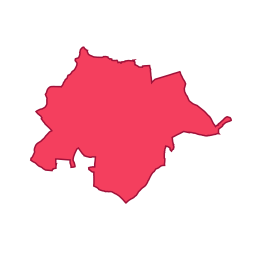 the district of Bicaz, Maramures, Romania, rotated 295°
{"feature_id": "2599482B90177123202958", "entity_name": "Bicaz", "entity_type": "district", "adm_level": 2, "iso_a3": "ROU", "parent_name": "Romania", "parent_adm1": "Maramures", "projection": "orthographic", "projection_center": [23.009, 47.453], "detail": "fine", "context": "isolated", "style": "filled", "palette": "rose", "viewbox_px": 256, "rotation_deg": 295, "n_neighbors": 0, "source": "geoboundaries", "source_scale": "gbopen_adm2", "svg_char_len": 5687}
<svg xmlns="http://www.w3.org/2000/svg" viewBox="0 0 256 256"><g transform="rotate(295 128 128)"><path d="M192.3,161.6L194.1,159.7L196.1,156.6L197.3,155.3L198.1,154.2L199.2,152.8L200.3,152.0L200.9,151.2L197.8,147.8L196.8,146.6L193.8,143.4L183.6,132.0L181.0,130.9L179.1,130.3L182.9,128.1L185.4,126.4L186.8,125.7L189.4,124.1L190.2,123.8L190.5,123.8L192.4,122.0L193.7,121.2L191.4,116.9L190.3,115.1L189.8,115.3L189.7,115.1L189.2,115.3L189.1,115.2L188.4,113.6L187.9,112.1L188.1,111.5L188.3,110.3L188.3,107.7L188.6,107.7L188.6,107.4L188.8,107.3L189.5,106.9L189.7,106.5L190.1,106.6L190.4,106.5L191.7,105.0L191.9,104.8L192.1,104.9L191.7,104.3L191.6,104.0L190.9,104.6L190.9,104.0L190.8,103.6L190.2,102.4L189.4,100.1L189.0,99.4L188.2,98.3L188.1,98.0L187.4,97.0L186.8,97.1L185.1,94.2L184.3,94.1L184.2,94.4L183.8,94.2L184.0,93.3L184.3,92.9L184.0,92.4L183.1,91.3L184.2,90.3L184.7,89.4L184.0,88.5L183.6,87.4L183.3,87.1L182.6,85.0L182.7,84.8L182.9,84.4L183.1,84.2L183.5,84.2L183.5,83.5L183.4,83.1L183.1,82.6L182.8,82.3L183.3,80.1L183.8,79.9L183.8,79.6L183.3,77.5L182.7,76.6L182.7,76.2L182.3,75.6L181.6,75.3L181.1,74.8L179.1,70.2L177.9,66.8L177.9,64.6L177.8,62.8L178.0,61.3L178.2,60.8L179.8,59.0L180.2,58.7L181.2,58.5L181.0,57.7L181.0,57.4L181.5,56.3L181.5,55.4L182.0,54.6L182.5,53.9L182.4,53.4L182.1,53.0L181.1,52.4L180.5,52.3L179.8,52.0L178.9,51.8L176.6,52.3L176.1,52.3L175.6,52.8L175.1,53.0L173.6,53.4L172.2,53.5L171.3,53.5L170.4,53.2L168.6,51.2L168.2,51.1L166.7,51.7L166.3,52.5L165.9,53.4L165.2,54.3L164.8,54.6L163.0,55.1L160.5,55.1L159.0,55.0L157.5,54.7L156.9,54.3L155.4,53.5L154.0,53.4L152.2,52.9L151.5,52.5L150.7,51.6L150.4,51.4L149.7,51.4L147.6,51.7L146.8,51.6L145.8,50.9L145.0,50.7L143.6,50.8L142.0,50.4L140.6,50.6L139.6,50.6L138.6,50.5L137.7,50.1L137.1,50.1L136.9,49.2L136.2,47.7L134.8,44.6L134.0,42.7L133.7,42.2L133.0,40.8L132.7,40.5L132.0,39.8L130.5,39.1L129.1,38.8L128.0,38.8L125.2,39.2L123.6,38.9L122.8,39.7L120.7,42.1L119.6,42.4L115.6,44.3L114.0,44.4L112.0,44.1L111.1,43.6L109.3,42.3L108.7,41.7L108.1,40.8L107.4,40.1L105.0,38.2L104.0,37.7L102.8,40.4L102.6,41.4L102.2,42.7L102.1,43.5L101.7,44.4L100.9,45.3L100.8,45.7L99.7,45.5L99.3,46.4L98.0,48.6L97.7,49.3L97.6,49.8L96.7,51.0L96.4,51.8L94.8,56.6L93.7,59.4L93.3,60.1L91.9,59.0L91.2,58.5L88.0,57.5L85.9,56.8L83.6,56.4L81.9,55.7L81.2,55.3L80.5,55.2L79.0,54.5L76.3,52.7L75.3,52.2L74.0,51.8L73.2,51.7L70.1,51.9L68.4,52.4L67.0,53.4L66.4,53.6L61.6,53.6L60.5,53.4L59.6,52.9L58.5,53.3L57.8,53.4L57.4,55.3L57.3,57.0L57.3,58.5L56.9,59.9L56.4,61.2L55.9,63.0L55.8,64.0L55.9,65.1L55.9,65.8L55.8,66.9L55.4,68.0L55.2,69.1L55.2,69.9L55.1,70.5L55.1,71.1L57.3,77.2L58.1,77.1L58.6,77.2L59.1,77.6L59.5,77.5L61.1,79.7L63.0,78.8L64.4,78.5L64.9,78.2L65.2,78.2L64.9,77.8L69.3,75.6L70.2,77.4L72.8,84.4L74.6,89.0L71.8,90.3L71.3,90.9L70.2,91.8L69.5,92.4L68.3,93.0L69.6,95.2L70.0,95.6L70.4,96.2L70.6,96.3L71.5,95.8L73.7,94.0L75.0,92.4L75.8,91.7L77.7,91.1L79.0,90.8L82.3,90.5L87.2,90.5L88.9,91.5L85.5,97.5L84.6,100.1L84.4,100.1L84.7,102.7L85.0,103.9L85.1,104.6L85.4,105.9L85.8,106.8L86.8,107.9L87.0,108.2L88.0,110.7L87.0,111.1L84.4,112.1L81.1,113.1L78.7,114.3L78.5,114.0L77.8,112.3L77.1,111.4L76.7,110.6L76.1,110.0L75.7,109.4L75.3,109.2L73.9,110.1L74.0,110.4L73.8,110.7L73.8,110.9L73.7,111.1L73.7,111.6L73.4,112.5L73.1,113.8L73.1,114.3L73.6,115.7L70.9,116.9L69.4,117.8L68.8,118.0L68.3,118.3L67.2,118.8L63.3,120.6L61.6,121.2L60.9,121.6L61.0,122.9L60.9,125.2L60.5,126.8L60.2,127.4L60.0,127.6L60.1,129.8L60.4,131.7L60.6,132.3L60.8,133.1L60.8,134.3L60.9,134.5L61.8,136.3L62.1,137.4L63.0,139.0L63.4,140.4L63.1,143.8L63.1,144.6L63.2,145.5L63.0,146.3L62.8,148.1L62.4,149.6L61.0,153.6L59.2,157.6L59.2,157.8L61.9,158.9L63.1,159.5L65.2,160.9L66.0,161.6L67.5,162.6L68.7,163.0L70.6,164.0L73.5,164.4L74.2,164.4L75.3,164.7L76.8,165.3L78.2,165.7L79.9,166.4L80.7,166.9L82.6,167.9L84.0,168.3L86.7,168.6L88.9,168.5L89.5,168.7L93.2,168.7L96.1,168.9L98.1,169.3L99.7,170.1L102.5,170.5L102.9,170.8L103.7,171.6L104.8,172.5L107.2,173.7L107.8,174.2L108.3,174.7L109.0,175.8L109.6,177.0L110.0,176.8L110.3,176.5L111.2,176.1L112.5,175.7L115.5,174.5L115.7,174.4L115.8,174.0L115.9,173.8L116.9,173.2L120.7,171.5L121.5,171.5L122.2,170.9L123.0,170.9L124.5,170.3L125.9,170.3L126.5,170.2L127.1,169.8L127.5,169.8L127.7,170.7L128.0,171.8L128.0,172.2L127.7,174.3L127.4,174.7L126.6,175.0L126.2,175.4L125.9,175.7L125.4,177.2L127.2,177.4L127.9,178.0L128.4,178.1L129.0,177.7L130.2,177.7L131.3,176.6L131.6,176.5L132.0,176.6L132.1,176.1L132.6,175.9L132.9,175.5L133.5,175.1L134.4,174.3L137.3,172.6L137.9,172.1L138.1,172.0L142.8,175.5L145.2,177.5L148.0,179.6L148.3,179.8L148.7,181.2L149.6,185.2L149.7,185.5L150.0,185.3L150.9,188.0L150.9,188.4L151.1,189.1L151.1,189.6L151.3,189.8L151.7,191.5L151.9,193.8L152.2,195.4L152.8,197.2L153.1,199.1L153.5,200.3L153.5,201.0L154.0,202.3L154.6,203.5L155.2,203.7L155.2,204.3L155.3,204.5L157.0,206.9L158.4,208.6L159.2,209.9L160.1,210.7L160.8,211.5L161.0,211.9L161.3,212.9L161.6,212.3L162.0,212.0L164.4,210.9L165.0,210.7L165.7,210.8L168.9,212.5L169.8,212.8L170.7,212.9L170.9,212.6L171.2,212.6L172.1,213.3L174.0,214.1L176.2,216.1L176.9,217.0L178.5,218.3L178.8,218.2L179.9,217.2L180.3,216.5L180.5,216.1L180.5,215.9L180.3,215.1L180.2,213.5L179.7,212.7L179.1,212.3L177.7,211.5L175.5,210.8L173.5,209.9L171.4,209.1L170.0,208.2L169.2,208.6L168.6,208.4L168.3,208.0L168.4,207.7L167.6,207.4L166.7,206.7L166.3,206.6L167.4,205.0L167.8,204.0L168.8,202.6L171.4,199.4L172.4,197.8L172.5,197.5L172.7,197.3L173.3,195.5L173.3,195.2L174.9,191.5L175.5,189.7L177.6,181.1L177.4,178.8L177.4,176.5L178.2,173.0L178.6,171.8L179.8,170.4L181.9,168.1L182.4,166.9L184.9,163.9L186.9,162.7L187.7,162.3L189.9,162.0L191.4,161.7L191.8,161.5L192.3,161.6Z" fill="#f43f5e" stroke="#9f1239" stroke-width="1.5"/></g></svg>